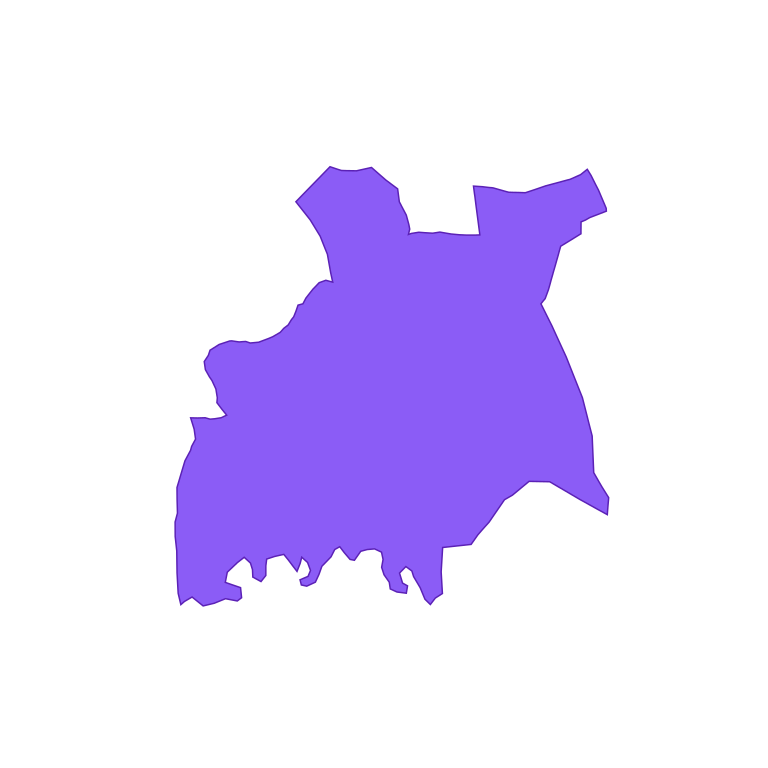 outline of Mamberamo Tengah, Papua, Indonesia, rotated 157°
{"feature_id": "22746128B2349164731379", "entity_name": "Mamberamo Tengah", "entity_type": "district", "adm_level": 2, "iso_a3": "IDN", "parent_name": "Indonesia", "parent_adm1": "Papua", "projection": "natural_earth1", "projection_center": [139.024, -3.626], "detail": "fine", "context": "isolated", "style": "filled", "palette": "violet", "viewbox_px": 768, "rotation_deg": 157, "n_neighbors": 0, "source": "geoboundaries", "source_scale": "gbopen_adm2", "svg_char_len": 3315}
<svg xmlns="http://www.w3.org/2000/svg" viewBox="0 0 768 768"><g transform="rotate(157 384 384)"><path d="M348.8,605.1L380.1,592.0L384.4,590.2L393.9,586.2L387.8,563.9L386.7,556.5L385.0,545.0L385.3,532.3L385.4,525.6L389.6,507.3L391.4,497.8L397.0,502.2L404.1,502.6L410.6,499.8L412.1,499.2L416.9,496.6L422.3,493.6L427.3,489.5L432.3,490.2L436.7,485.3L440.9,481.1L443.9,479.5L446.6,477.6L449.1,475.8L454.5,474.4L459.3,472.1L467.9,471.0L472.7,471.0L482.1,471.4L482.9,471.4L491.1,474.0L494.7,477.2L498.1,478.4L500.9,479.3L507.3,483.2L509.3,483.9L520.3,484.8L530.7,483.1L530.9,483.1L534.5,479.0L540.7,474.9L542.8,467.0L541.9,458.8L541.0,454.3L540.7,445.1L542.8,436.5L545.1,432.1L543.1,424.2L541.0,416.8L547.2,416.6L553.6,418.2L557.8,419.6L561.8,422.8L569.0,425.6L575.2,428.4L576.4,416.6L579.0,406.9L585.4,401.8L588.0,398.5L597.2,391.1L606.9,379.4L610.6,374.9L615.0,369.6L619.6,358.5L624.6,345.8L630.2,338.6L635.8,325.2L640.0,311.3L648.3,291.0L655.2,271.9L655.3,271.5L657.2,260.3L652.6,261.8L643.9,262.9L637.2,250.4L625.9,248.5L613.8,248.3L603.8,241.6L598.6,242.9L595.6,252.6L602.2,258.5L607.6,263.4L601.8,272.0L588.7,276.9L580.4,279.1L576.9,271.4L577.6,264.5L580.2,257.5L574.4,250.2L567.6,253.9L566.7,256.0L563.8,262.8L560.4,268.7L552.1,268.0L547.1,267.1L542.8,266.3L540.8,259.3L539.1,252.4L537.3,245.5L531.3,251.6L527.4,256.7L524.1,249.6L524.5,241.1L529.1,236.6L537.8,236.6L538.6,231.3L534.1,228.1L524.6,228.4L518.2,234.2L512.4,240.5L506.4,243.0L500.3,245.6L494.0,250.9L488.3,251.5L486.5,244.4L483.8,235.8L480.1,233.3L470.8,239.1L464.2,238.2L457.1,235.9L452.0,230.2L453.4,222.9L457.8,216.2L458.5,208.4L456.6,199.5L458.3,192.9L453.4,187.5L445.2,182.7L441.2,189.0L444.7,193.5L443.6,203.9L435.2,207.4L431.4,201.0L432.0,195.1L430.3,182.4L430.4,169.9L427.5,162.9L420.4,166.9L412.1,168.3L404.8,188.7L393.9,210.6L366.5,202.3L356.5,208.5L351.8,210.8L349.7,211.8L347.2,213.0L341.2,215.8L337.3,218.3L318.3,230.4L309.2,231.5L288.5,237.7L269.7,229.3L248.6,200.9L236.2,185.0L229.5,176.5L225.2,184.8L222.8,189.3L221.6,191.6L223.6,204.3L224.3,209.7L225.5,219.9L225.6,220.4L220.4,234.3L212.7,254.8L210.7,268.1L209.5,275.7L206.7,293.9L206.5,303.5L205.7,337.6L206.4,361.2L206.7,372.1L207.1,378.3L208.2,396.5L204.9,398.3L202.3,399.6L196.3,406.0L195.9,406.4L191.8,411.5L189.8,414.1L185.5,419.4L184.9,420.2L180.4,425.7L176.0,431.2L173.4,434.4L170.9,437.6L167.5,441.8L160.6,442.8L152.7,444.0L145.0,445.2L144.0,445.3L143.3,447.0L141.2,451.8L139.3,456.2L134.4,456.2L132.9,456.4L129.6,456.8L126.5,456.7L111.8,456.2L110.8,459.0L110.8,460.8L110.8,472.4L110.8,478.6L111.3,485.2L111.9,495.0L113.0,502.2L121.2,499.9L132.9,499.7L135.3,500.1L150.5,502.2L157.0,503.1L157.5,503.2L168.9,504.0L177.5,504.7L178.8,504.8L179.5,505.0L185.5,507.8L190.0,509.8L194.3,511.8L196.1,513.2L197.1,514.0L206.8,521.8L208.3,522.7L210.1,523.6L215.2,526.5L216.0,527.0L224.3,531.2L226.4,523.7L227.0,521.3L229.6,512.2L237.5,483.8L242.3,485.6L249.6,488.7L254.6,491.1L255.9,491.7L263.7,495.9L270.1,500.0L273.2,502.0L280.3,503.8L287.5,507.4L292.7,510.1L300.0,511.9L303.1,512.1L299.8,516.5L298.9,520.7L298.7,521.9L297.8,528.5L297.5,530.7L297.5,530.9L297.8,534.6L298.4,541.6L298.4,542.2L298.7,545.7L295.2,558.3L302.6,571.0L307.3,580.7L310.9,588.2L326.1,591.0L326.3,591.1L335.3,595.1L339.8,597.2L343.4,600.3L348.8,605.1Z" fill="#8b5cf6" stroke="#5b21b6" stroke-width="1.5"/></g></svg>